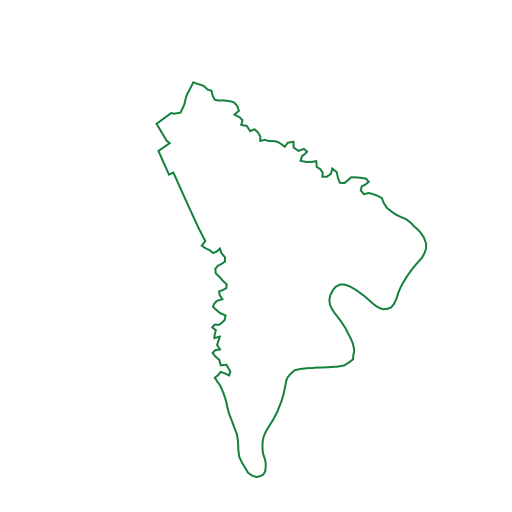 the district of Palmitos, Santa Catarina, Brazil, rotated 321°
{"feature_id": "56859067B46835059259236", "entity_name": "Palmitos", "entity_type": "district", "adm_level": 2, "iso_a3": "BRA", "parent_name": "Brazil", "parent_adm1": "Santa Catarina", "projection": "albers", "projection_center": [-53.188, -27.082], "detail": "fine", "context": "isolated", "style": "outline", "palette": "green", "viewbox_px": 512, "rotation_deg": 321, "n_neighbors": 0, "source": "geoboundaries", "source_scale": "gbopen_adm2", "svg_char_len": 3178}
<svg xmlns="http://www.w3.org/2000/svg" viewBox="0 0 512 512"><g transform="rotate(321 256 256)"><path d="M147.4,324.7L146.8,330.2L146.6,334.1L144.8,340.9L143.1,345.7L141.3,350.2L138.9,354.8L136.0,361.2L134.5,365.7L133.3,369.5L132.1,373.0L130.3,378.4L128.8,382.8L126.3,387.3L123.3,391.6L119.9,396.1L116.6,401.5L115.0,408.1L114.2,414.6L113.4,419.5L114.9,424.5L117.3,428.1L120.3,429.6L124.2,430.4L127.5,429.2L130.9,425.9L133.6,422.5L135.3,418.9L137.2,413.8L139.9,409.7L142.7,406.2L146.1,402.9L148.9,400.8L153.7,398.4L160.0,396.1L165.1,394.5L171.3,391.9L175.2,390.1L178.2,388.3L181.3,386.7L185.4,384.2L189.7,381.2L193.4,378.4L197.3,375.1L200.7,372.2L204.0,370.3L208.2,369.4L214.2,369.1L219.5,371.8L225.2,375.4L228.5,378.0L232.2,380.4L236.2,383.5L241.3,387.3L246.2,390.7L249.7,393.3L255.7,396.6L261.4,397.2L266.3,397.4L269.3,394.2L272.4,391.8L274.4,388.7L276.2,384.9L277.4,380.9L278.3,377.2L279.0,373.4L280.1,368.5L280.6,363.8L281.0,359.1L281.1,353.9L281.2,349.0L281.9,344.0L283.0,340.1L285.5,336.1L289.6,332.9L294.9,330.7L298.9,330.1L303.4,331.1L306.8,333.9L309.6,338.2L311.3,342.6L312.8,346.8L313.8,350.8L314.9,354.9L316.1,361.7L317.0,367.0L317.9,370.8L319.4,374.4L321.4,377.5L324.9,379.8L328.8,381.0L333.3,380.0L338.9,377.2L343.3,374.2L348.2,371.6L352.7,369.6L356.0,368.5L359.1,367.3L363.8,365.9L369.8,364.3L375.9,363.1L380.5,362.3L383.9,361.8L388.5,359.9L393.1,357.1L396.1,353.1L398.1,347.3L398.6,341.1L398.3,336.5L397.5,332.4L397.2,327.6L395.7,321.6L392.8,316.2L390.8,311.9L389.4,307.3L388.0,301.0L388.6,295.3L390.3,290.2L388.4,285.9L386.5,282.5L383.3,278.0L378.7,275.8L378.8,270.7L382.2,268.4L385.8,269.3L390.3,269.3L390.2,265.1L386.3,260.8L382.2,256.9L379.2,254.6L375.1,255.0L370.7,255.0L367.2,251.9L368.8,247.0L371.5,241.6L370.3,236.1L366.0,239.3L360.9,239.0L357.5,236.1L360.2,233.4L360.7,229.3L359.3,225.1L362.5,220.1L358.6,218.0L354.5,214.8L350.5,210.1L354.7,207.3L358.1,207.5L361.4,207.1L360.6,202.9L355.2,201.1L353.5,195.4L357.0,190.8L352.0,188.0L347.1,189.2L346.2,185.4L344.8,181.3L342.2,177.9L338.3,174.7L335.8,171.2L331.7,169.2L334.6,165.8L335.3,161.2L334.6,156.6L330.0,155.3L330.7,149.1L327.0,144.9L330.9,142.0L330.6,137.8L328.2,132.6L334.1,132.4L335.7,128.0L335.7,123.1L333.7,119.9L328.9,114.8L324.7,111.6L322.2,108.4L323.3,103.9L325.4,99.6L323.1,96.1L322.4,90.7L319.1,85.9L316.6,81.6L303.3,87.4L298.7,90.7L295.7,93.1L287.6,97.1L282.2,94.1L279.9,91.5L261.9,90.7L259.1,110.0L259.9,114.0L246.3,113.0L244.5,119.6L239.6,138.0L244.3,139.2L242.1,147.5L239.2,158.5L237.0,166.7L229.0,197.9L226.0,212.5L220.4,213.8L221.5,218.0L223.5,222.0L224.6,226.7L228.3,227.9L232.6,227.5L230.9,231.9L231.1,237.6L228.3,240.8L224.4,240.5L220.2,239.6L216.2,240.4L213.8,244.3L214.5,250.0L214.7,254.8L215.4,259.6L212.6,262.3L208.2,261.4L205.0,260.3L203.2,263.4L202.7,268.4L197.2,266.2L193.5,266.8L190.5,268.4L191.2,272.8L192.2,277.8L194.9,283.1L191.3,286.0L188.0,286.3L184.1,286.3L180.7,283.3L177.1,283.9L178.1,288.4L174.7,290.8L172.0,293.6L177.1,295.9L173.9,298.0L169.7,300.7L169.3,305.9L164.9,303.5L161.2,304.1L161.2,308.7L162.1,313.7L159.8,318.8L164.6,322.0L163.3,329.6L160.0,331.9L157.8,327.4L155.6,323.8L152.2,324.7L147.4,324.7Z" fill="none" stroke="#15803d" stroke-width="2"/></g></svg>